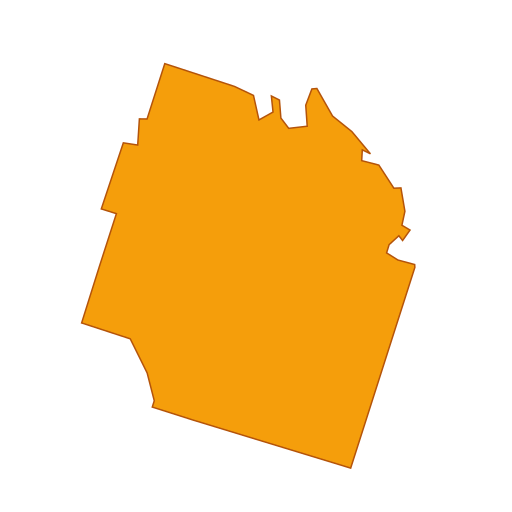 the district of Onondaga, New York, United States of America, rotated 21°
{"feature_id": "52423323B60762350977788", "entity_name": "Onondaga", "entity_type": "district", "adm_level": 2, "iso_a3": "USA", "parent_name": "United States of America", "parent_adm1": "New York", "projection": "equal_earth", "projection_center": [-76.181, 43.021], "detail": "fine", "context": "isolated", "style": "filled", "palette": "amber", "viewbox_px": 512, "rotation_deg": 21, "n_neighbors": 0, "source": "geoboundaries", "source_scale": "gbopen_adm2", "svg_char_len": 727}
<svg xmlns="http://www.w3.org/2000/svg" viewBox="0 0 512 512"><g transform="rotate(21 256 256)"><path d="M420.4,420.1L412.3,278.6L408.4,209.7L407.2,207.1L389.9,208.9L376.8,206.3L376.2,197.7L382.1,185.9L387.3,189.0L390.5,176.6L381.2,175.0L379.0,160.9L366.9,140.5L360.4,143.3L338.1,127.1L320.5,129.1L317.2,118.8L326.2,119.6L300.9,105.5L277.3,97.9L252.8,77.8L248.3,80.0L248.4,97.4L257.3,116.5L240.8,125.1L229.8,118.3L222.0,102.0L213.0,101.1L220.3,115.5L210.0,127.9L196.1,107.0L175.3,105.4L101.9,109.1L105.2,167.1L98.0,169.8L105.8,194.8L91.6,197.9L94.7,267.5L110.5,266.5L113.5,321.3L117.2,381.0L168.3,378.4L196.3,404.2L212.9,427.6L213.3,434.2L256.4,431.7L420.4,420.1Z" fill="#f59e0b" stroke="#b45309" stroke-width="1.5"/></g></svg>